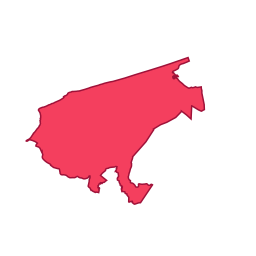 Copala, Guerrero, Mexico (orthographic projection), rotated 144°
{"feature_id": "50627088B65029652077397", "entity_name": "Copala", "entity_type": "district", "adm_level": 2, "iso_a3": "MEX", "parent_name": "Mexico", "parent_adm1": "Guerrero", "projection": "orthographic", "projection_center": [-98.906, 16.624], "detail": "fine", "context": "isolated", "style": "filled", "palette": "rose", "viewbox_px": 256, "rotation_deg": 144, "n_neighbors": 0, "source": "geoboundaries", "source_scale": "gbopen_adm2", "svg_char_len": 5760}
<svg xmlns="http://www.w3.org/2000/svg" viewBox="0 0 256 256"><g transform="rotate(144 128 128)"><path d="M189.7,93.0L188.2,94.3L187.9,94.8L187.8,95.3L187.5,95.6L187.0,95.5L186.4,96.1L186.4,96.6L186.7,96.7L186.9,96.8L187.2,96.9L187.4,97.2L187.4,97.4L186.8,97.7L186.6,97.9L186.5,98.5L186.4,98.7L186.0,99.0L185.8,99.0L185.5,98.9L185.4,98.9L185.3,99.1L184.8,99.3L184.7,99.5L183.9,99.8L183.5,99.8L183.4,99.7L183.4,99.4L183.2,99.1L182.9,99.5L182.6,99.5L182.4,99.8L182.1,99.8L182.0,99.6L181.8,99.1L181.8,98.5L181.7,98.4L181.1,98.5L180.9,98.8L180.7,98.7L179.6,98.4L179.3,98.1L178.1,98.1L177.6,98.3L176.9,98.2L176.1,98.2L177.2,102.1L178.1,105.8L175.4,106.5L171.2,106.8L170.8,107.4L170.2,107.8L169.2,107.8L167.5,107.0L166.5,106.9L165.5,106.5L163.7,105.5L162.4,104.7L161.4,104.2L160.6,104.1L160.0,103.6L159.8,103.3L159.7,103.1L159.9,103.0L160.1,102.9L160.7,102.1L160.9,102.1L161.1,101.8L161.4,101.8L161.4,101.5L162.6,100.7L163.6,100.5L163.7,100.4L163.3,100.3L163.0,100.1L162.9,99.8L163.2,99.1L163.0,98.9L162.8,98.2L162.4,97.5L162.4,97.2L163.2,96.0L163.9,94.6L164.7,94.1L165.4,94.1L165.7,93.7L166.2,93.6L167.1,92.2L166.8,91.4L166.3,90.4L166.9,89.4L167.2,88.7L167.2,87.5L167.7,86.8L167.9,86.4L167.5,86.0L167.4,85.6L167.2,85.2L167.1,84.8L167.4,84.6L167.5,84.6L167.4,84.4L167.2,84.3L167.2,84.2L167.5,84.0L167.2,83.8L167.2,83.7L167.6,83.4L167.8,83.3L167.8,83.1L167.9,82.9L168.2,82.8L168.3,82.9L168.5,83.1L168.8,82.8L168.9,82.5L169.2,82.5L169.1,82.1L169.3,81.9L169.7,81.6L169.8,81.1L170.3,80.2L170.1,80.1L169.7,80.1L169.6,79.6L168.1,78.3L168.1,78.2L168.7,76.8L168.4,76.1L168.1,75.7L167.8,75.6L167.7,75.5L167.6,75.2L168.2,74.5L168.1,71.5L170.8,67.9L170.8,67.6L170.1,67.1L169.9,67.1L169.4,67.1L168.5,66.7L168.1,66.4L167.8,66.4L167.6,66.2L167.7,65.8L168.0,65.7L168.3,65.5L168.4,65.3L168.3,64.7L167.9,63.8L167.9,63.3L167.6,62.7L167.2,62.4L163.1,61.1L162.6,60.7L162.3,60.6L161.8,60.2L141.6,67.6L141.7,68.0L142.2,68.7L142.7,68.9L143.7,68.7L144.1,68.9L144.9,69.4L145.2,70.0L145.4,71.4L145.9,72.1L147.5,72.8L148.0,73.2L149.4,74.0L150.4,74.8L151.6,76.1L152.0,76.4L152.5,76.4L152.8,76.1L153.4,75.0L153.8,74.7L154.1,74.5L154.9,74.5L155.7,75.0L156.2,75.6L156.3,76.0L156.3,76.5L156.2,76.9L156.1,78.0L156.4,79.8L156.8,80.7L157.1,81.1L157.6,81.5L158.1,82.4L157.8,83.1L157.2,83.5L157.0,83.9L157.0,84.3L157.4,84.8L157.4,86.1L157.2,87.1L156.7,87.8L156.6,88.3L155.7,88.9L154.0,90.5L152.4,91.6L150.0,93.6L149.4,93.9L148.1,94.7L147.4,95.3L146.8,96.2L146.1,96.9L146.1,97.4L145.9,98.0L144.0,99.6L143.5,99.8L142.9,100.3L142.1,100.9L141.5,101.4L141.2,102.0L121.7,106.3L108.2,111.5L108.1,112.2L99.6,111.5L93.2,109.8L83.2,108.5L75.1,109.9L74.8,110.3L73.0,104.3L71.7,98.2L63.5,108.4L63.1,107.9L60.3,101.2L58.9,98.7L58.5,98.4L56.4,98.2L55.4,98.0L52.6,102.2L47.7,112.9L46.4,114.6L46.1,115.2L45.5,116.8L44.6,118.2L48.2,120.1L49.3,121.7L50.6,121.9L51.5,122.4L52.3,122.8L52.8,123.7L55.3,124.3L56.0,125.6L57.4,129.2L57.9,132.0L58.8,135.2L59.0,136.9L59.0,138.2L58.9,139.0L59.3,139.7L59.6,139.9L59.8,140.7L60.0,141.1L60.3,141.3L60.6,142.5L60.9,142.9L61.3,142.9L61.6,142.8L61.8,142.6L61.7,141.5L61.6,141.1L61.4,140.8L61.4,140.7L61.6,140.7L62.0,141.0L62.2,141.3L62.2,141.6L62.1,142.3L61.8,142.9L61.6,143.2L61.1,143.3L60.3,143.3L59.8,142.8L59.6,142.3L58.9,141.3L58.4,140.9L57.1,140.1L57.0,140.6L57.2,142.0L58.2,142.4L58.5,142.8L58.6,144.3L58.9,145.0L58.6,145.6L58.7,146.0L59.1,146.2L59.4,146.5L59.2,147.0L58.5,147.4L58.1,147.4L56.1,147.0L53.2,146.6L52.3,146.7L51.6,147.1L50.6,148.0L49.8,148.5L48.8,148.6L47.2,148.4L45.5,147.7L41.5,146.7L39.1,146.2L38.0,149.7L56.1,155.2L63.9,157.7L77.6,162.3L83.9,164.5L91.2,167.0L101.3,170.3L112.7,174.5L115.6,175.9L120.7,178.0L123.0,178.7L125.0,179.5L126.9,180.0L132.1,182.0L134.3,182.8L136.2,183.3L140.2,184.6L144.5,186.2L145.4,186.5L146.1,186.8L146.3,187.0L146.7,187.3L147.4,187.6L149.1,188.6L150.1,189.3L150.7,189.6L151.8,190.4L152.7,190.5L154.7,191.3L155.5,191.4L156.4,191.4L156.9,191.0L157.2,190.8L158.6,190.7L159.9,190.9L160.1,191.1L161.7,191.2L161.9,190.4L162.4,190.3L165.2,190.4L167.1,190.6L168.4,190.9L172.5,191.8L174.0,191.9L175.1,192.5L177.3,192.8L177.7,192.9L178.2,193.2L181.3,193.7L183.8,194.4L185.2,195.1L187.6,195.7L188.6,195.8L189.4,195.5L189.9,195.2L190.0,194.8L190.2,192.2L190.5,191.3L191.1,190.0L191.4,189.3L191.9,188.6L192.8,187.4L193.3,187.4L193.5,187.0L193.6,186.6L193.9,186.2L194.1,186.0L194.6,185.9L195.0,185.5L195.0,185.0L195.1,184.8L195.6,184.3L196.1,183.2L197.4,182.2L198.1,182.0L198.7,181.8L198.9,181.5L200.7,180.9L201.1,180.9L202.1,180.7L204.8,179.8L206.8,179.3L207.2,179.4L207.9,179.2L208.0,178.9L209.1,178.6L211.2,177.8L212.3,177.4L214.2,177.1L216.8,177.5L217.8,177.5L218.0,177.2L217.8,177.0L217.2,176.6L214.5,176.4L212.7,174.2L211.0,171.4L210.2,169.0L212.0,168.5L213.1,167.6L212.3,166.2L211.5,165.3L211.1,163.3L211.9,159.6L211.2,159.8L212.1,158.2L212.6,156.5L214.2,155.2L214.8,154.2L214.9,152.4L214.4,149.8L213.7,147.6L212.3,144.7L212.1,143.7L212.3,143.4L212.5,143.3L212.1,142.0L211.8,141.2L211.7,140.7L211.5,140.0L211.2,139.5L210.9,139.2L208.7,136.4L207.8,135.7L207.8,134.9L207.9,134.5L208.5,133.3L208.8,132.6L209.2,131.8L209.5,131.4L209.6,130.8L209.6,130.1L209.5,129.6L209.0,129.0L208.8,128.8L208.3,128.5L207.4,127.9L206.3,126.7L205.8,126.0L205.6,125.4L205.3,124.0L205.2,123.7L205.0,123.4L204.6,122.5L204.2,121.9L203.1,121.1L202.5,120.8L200.8,119.5L200.4,119.2L199.7,119.0L197.9,118.8L197.6,118.7L197.3,118.5L197.1,118.2L196.7,116.9L196.0,115.8L195.1,115.1L194.0,113.3L193.5,112.7L192.5,112.1L190.5,111.4L189.9,111.3L188.7,111.5L187.8,112.0L187.4,111.9L187.0,111.6L187.5,110.6L188.5,109.7L189.7,109.0L191.0,107.4L194.4,104.4L194.5,103.5L194.0,101.4L194.4,100.2L194.5,99.2L194.0,99.0L193.7,97.7L193.1,96.5L192.9,96.4L192.4,95.1L191.6,95.0L191.3,94.7L190.5,93.9L190.0,93.6L189.7,93.0Z" fill="#f43f5e" stroke="#9f1239" stroke-width="1.5"/></g></svg>